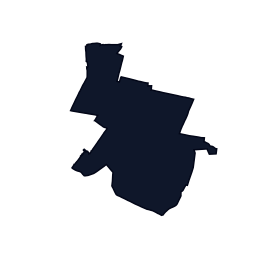 the district of Masloc, Timis, Romania, rotated 139°
{"feature_id": "2599482B91867297298007", "entity_name": "Masloc", "entity_type": "district", "adm_level": 2, "iso_a3": "ROU", "parent_name": "Romania", "parent_adm1": "Timis", "projection": "equal_earth", "projection_center": [21.493, 46.0], "detail": "fine", "context": "isolated", "style": "filled", "palette": "ink", "viewbox_px": 256, "rotation_deg": 139, "n_neighbors": 0, "source": "geoboundaries", "source_scale": "gbopen_adm2", "svg_char_len": 5355}
<svg xmlns="http://www.w3.org/2000/svg" viewBox="0 0 256 256"><g transform="rotate(139 128 128)"><path d="M196.4,134.6L196.3,133.7L195.4,130.9L194.4,128.9L193.1,127.0L192.7,126.2L192.4,125.4L192.4,124.5L192.4,123.7L192.5,122.8L192.4,121.7L192.4,120.8L191.8,120.1L189.2,118.4L183.7,116.2L180.5,115.7L170.7,114.8L168.3,114.8L168.3,111.1L168.4,108.0L168.4,104.9L168.5,104.2L170.2,102.7L174.6,98.1L178.1,94.9L178.4,94.1L178.7,92.5L179.2,90.8L179.9,88.3L180.5,85.8L180.5,85.1L179.8,83.2L179.2,82.3L178.2,79.7L177.0,77.0L175.9,74.3L175.8,73.9L174.6,71.4L172.5,66.1L170.6,62.1L169.6,59.7L166.9,54.1L166.5,53.7L165.6,52.4L164.6,50.8L163.7,49.5L163.5,49.1L162.9,47.7L162.1,45.7L162.0,45.3L161.5,43.9L161.3,43.4L160.9,42.9L160.0,40.1L158.9,39.6L158.4,39.4L158.1,39.4L157.8,39.6L157.3,39.8L156.3,39.9L154.7,40.1L153.2,40.1L152.9,40.1L151.2,40.2L150.6,40.1L150.0,40.1L148.0,39.6L145.9,38.9L144.0,38.4L142.6,38.2L141.6,38.3L140.7,38.5L137.3,40.0L133.0,41.8L132.4,42.2L131.8,43.0L130.2,44.7L129.9,45.0L129.6,45.1L128.3,44.8L127.4,44.9L127.1,45.0L124.6,46.0L122.4,46.8L121.7,47.0L120.8,45.8L116.6,48.4L108.7,52.9L104.7,55.4L93.8,65.1L92.5,68.3L82.1,60.4L83.8,54.9L78.5,50.7L77.9,51.2L74.7,54.1L75.2,54.6L75.5,55.1L75.7,56.1L76.0,57.7L76.3,58.4L76.4,58.7L76.8,59.2L77.6,60.2L77.9,60.6L77.8,61.4L77.6,62.3L77.7,62.5L77.6,62.8L77.8,63.9L77.9,64.2L78.6,65.5L78.9,66.7L79.3,67.2L79.7,67.7L78.6,68.8L76.8,70.5L78.8,72.4L79.2,72.8L80.6,74.7L82.8,77.3L84.4,79.2L86.7,81.8L89.0,84.9L92.9,90.0L90.4,91.5L88.4,92.6L87.1,93.2L85.8,93.9L84.0,94.6L80.2,96.4L78.6,97.0L75.4,98.5L73.2,99.7L71.5,100.9L70.5,101.4L69.0,102.1L67.0,103.0L63.6,104.6L59.6,106.6L61.0,108.5L61.6,109.4L61.8,109.8L62.6,111.0L62.8,111.2L63.0,111.3L64.3,113.2L64.4,113.4L65.9,115.1L67.3,116.9L69.5,120.0L76.9,129.8L78.3,131.6L79.6,133.5L82.5,137.4L85.0,140.9L85.7,141.4L85.5,141.5L82.5,144.4L85.4,146.8L83.4,148.8L84.5,149.9L85.1,150.7L85.7,151.4L88.6,155.5L89.2,156.1L91.1,159.0L94.6,164.1L96.9,167.3L99.4,170.8L99.6,170.4L99.8,170.1L100.1,169.9L100.6,169.9L100.7,170.1L100.8,170.5L101.0,170.3L101.7,170.0L102.3,169.5L103.7,168.8L103.9,168.6L104.4,168.4L105.7,170.5L103.3,172.1L98.9,175.3L96.2,177.0L91.1,180.6L89.7,181.6L88.9,182.1L88.2,182.5L84.4,185.3L85.8,188.1L86.0,188.7L87.3,191.1L87.5,191.6L87.0,191.7L86.0,191.9L85.0,192.0L83.5,192.3L82.0,192.5L80.5,193.0L79.3,193.5L79.3,193.9L79.4,194.1L79.6,194.4L80.1,195.0L79.0,195.5L78.8,195.5L78.6,195.6L78.1,195.7L78.1,195.8L77.7,196.0L78.8,196.5L79.3,196.8L80.2,197.2L81.1,197.6L85.7,201.6L86.2,202.1L87.6,203.5L88.1,203.9L89.1,204.6L90.1,205.5L90.9,206.0L92.1,206.9L92.2,207.1L92.1,207.3L92.5,207.6L93.0,207.8L93.4,208.0L93.7,208.4L94.1,208.6L94.6,208.6L94.4,208.8L94.0,209.1L93.7,209.5L93.9,210.0L95.4,212.0L95.6,212.2L96.1,212.6L96.6,213.0L97.1,213.3L99.6,215.2L100.1,215.4L101.0,215.8L102.1,216.5L102.7,217.0L103.3,217.3L103.4,217.1L103.6,217.1L103.7,217.3L103.6,217.5L104.4,217.8L104.9,217.2L105.1,217.0L105.5,217.2L105.9,217.2L106.0,217.3L106.5,217.5L106.8,217.0L107.1,216.7L108.2,215.4L109.4,213.7L109.7,213.1L110.7,211.9L112.4,209.8L113.5,208.3L114.0,207.6L114.3,207.2L115.4,206.1L115.7,205.8L115.8,205.7L115.7,205.2L115.3,204.7L115.6,204.4L116.5,202.8L117.9,200.8L118.4,200.3L118.6,200.3L119.0,200.5L119.2,201.0L119.6,200.4L120.1,199.9L121.1,198.1L124.7,194.0L125.8,192.9L130.6,191.1L131.6,190.7L134.1,189.9L140.1,187.3L140.6,187.2L141.7,186.8L142.9,186.2L146.4,184.7L147.7,184.2L149.4,183.5L150.0,183.2L152.7,182.0L154.6,181.2L156.9,180.2L158.3,179.5L159.9,178.8L159.3,177.9L151.2,168.0L149.8,166.4L148.4,164.6L144.3,159.7L142.9,157.7L142.6,157.4L146.7,155.9L148.3,155.5L148.2,155.4L147.6,152.8L147.2,150.8L147.0,150.1L147.0,149.8L146.9,149.7L146.8,149.0L146.2,146.8L146.2,146.6L145.9,145.1L145.6,144.4L145.2,143.7L144.8,143.2L144.5,142.6L144.2,142.3L144.1,141.8L144.0,141.6L144.1,141.3L146.1,140.7L149.3,140.1L150.0,139.8L152.0,139.3L152.8,139.1L155.7,138.3L156.2,138.2L159.1,137.5L159.9,137.3L160.8,137.0L162.5,136.6L164.1,136.2L165.6,135.8L167.0,135.5L167.9,135.2L168.5,135.2L168.8,135.0L169.3,134.8L169.6,134.8L170.5,134.6L170.9,134.8L171.2,134.5L171.8,134.2L172.2,134.1L172.8,133.9L173.2,133.9L173.5,133.7L173.7,133.8L174.3,133.5L174.2,133.6L174.0,133.8L174.1,134.1L174.4,134.2L173.9,134.6L173.9,136.2L173.8,136.7L173.9,136.8L173.9,137.1L174.1,137.4L174.2,137.5L174.8,137.5L175.2,137.4L175.3,137.4L175.2,137.6L175.4,137.8L174.7,138.3L174.6,138.6L174.8,139.0L174.8,139.5L174.9,139.8L174.9,140.5L175.0,140.7L175.5,140.7L176.0,140.7L176.3,140.3L176.3,140.2L176.0,139.9L176.0,139.6L176.0,139.1L176.1,138.9L176.6,138.8L177.5,138.4L177.9,138.4L178.1,138.2L178.3,138.2L178.5,138.4L178.8,138.3L179.0,138.3L178.9,138.1L179.2,137.9L179.3,138.1L179.5,138.1L179.6,138.3L179.9,138.5L180.0,138.5L180.1,138.4L180.0,138.1L179.9,137.9L180.2,137.7L180.4,137.8L180.7,137.8L181.0,137.9L180.9,137.7L181.1,137.6L181.5,137.7L181.4,137.7L181.5,137.8L182.4,137.6L183.3,137.4L183.4,137.2L183.8,137.2L184.0,137.0L184.7,136.9L185.1,136.9L185.9,136.7L186.2,136.6L186.3,136.6L188.0,136.2L188.3,136.2L188.7,136.1L188.8,136.2L189.1,136.1L189.4,135.9L189.9,135.9L190.0,136.0L190.2,135.9L190.3,135.9L190.6,135.9L190.8,135.7L191.0,135.8L191.5,135.6L192.0,135.5L192.6,135.9L192.8,135.7L193.1,135.4L193.4,135.5L193.7,135.4L193.8,135.4L194.2,135.1L194.7,135.1L195.1,134.9L195.7,134.9L195.9,134.8L195.8,134.7L196.4,134.6Z" fill="#0f172a" stroke="#020617" stroke-width="1.5"/></g></svg>